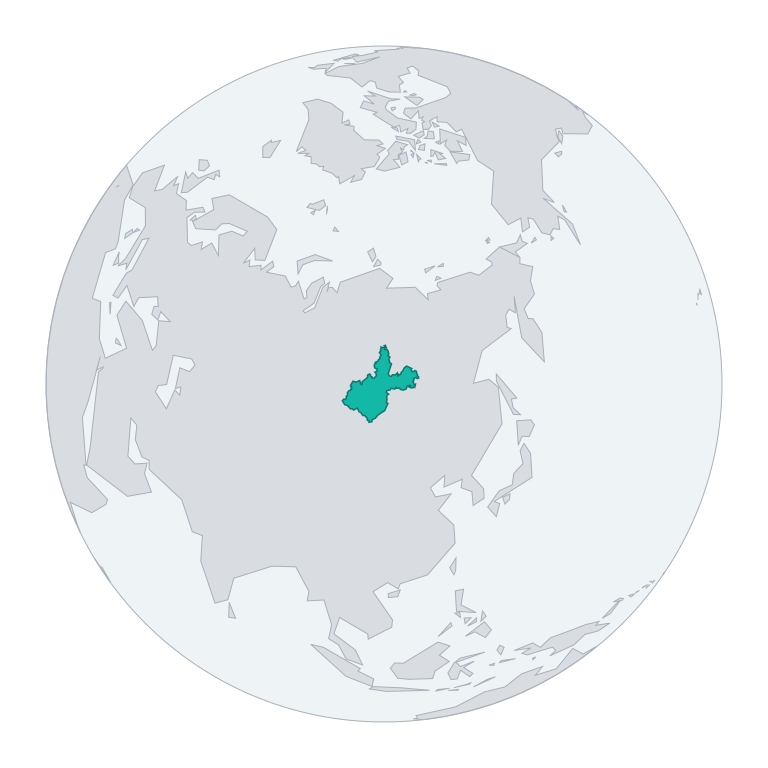 Irkutsk highlighted on a globe, orthographic projection
{"feature_id": "RUS-2602", "entity_name": "Irkutsk", "entity_type": "Region", "adm_level": 1, "iso_a3": "RUS", "parent_name": "Russia", "parent_adm1": "", "projection": "orthographic", "projection_center": [107.861, 57.716], "detail": "medium", "context": "on_globe", "style": "filled", "palette": "teal", "viewbox_px": 768, "rotation_deg": 0, "n_neighbors": 0, "source": "natural_earth", "source_scale": "10m", "svg_char_len": 13666}
<svg xmlns="http://www.w3.org/2000/svg" viewBox="0 0 768 768"><circle cx="384" cy="384" r="338" fill="#eef3f6" stroke="#a8b0b8"/><path d="M567.5,100.2L578.5,110.3L575.0,105.2L583.2,111.1L587.7,114.8L582.7,111.3L584.8,116.7L592.3,125.6L587.8,133.9L562.9,133.7L561.4,128.0L555.6,129.1L557.1,136.6L559.5,141.3L541.5,159.8L542.8,190.3L554.4,202.5L543.1,198.3L572.6,224.1L580.5,244.9L564.7,219.9L557.8,216.3L559.7,229.4L553.0,228.7L550.1,234.8L541.9,232.9L533.3,219.1L527.9,217.8L529.6,227.2L522.5,231.8L520.8,218.0L508.2,224.7L491.5,204.1L493.7,171.1L477.6,160.5L461.7,129.3L456.3,131.8L446.9,122.3L437.2,121.8L437.0,116.7L429.4,120.9L431.4,125.7L428.7,129.2L423.2,129.5L422.0,122.9L424.6,121.7L421.4,120.0L423.2,116.6L419.1,118.5L418.4,110.8L410.9,118.9L403.4,113.2L405.1,108.1L415.7,108.0L445.8,97.6L450.8,93.3L447.3,86.8L418.0,75.2L419.0,71.1L412.6,66.0L407.1,68.1L410.2,73.0L398.3,76.4L403.4,82.6L399.4,85.0L400.3,92.2L388.6,91.9L376.7,88.0L375.3,82.2L370.1,80.6L362.0,87.0L350.4,78.0L327.0,75.4L325.3,73.4L338.7,66.6L362.4,63.4L379.8,56.9L356.8,62.2L352.8,57.8L347.2,57.8L340.7,59.0L337.6,61.2L333.8,60.2L355.1,54.0L358.9,54.8L352.1,56.6L363.2,55.3L377.6,52.1L374.4,50.7L399.4,49.1L397.5,48.3L401.8,47.8L403.2,49.1L401.2,47.1L426.3,48.7L451.2,52.8L475.7,58.8L499.8,66.5L523.2,76.1L545.8,87.3L567.5,100.2ZM701.6,295.1L699.1,292.2L699.9,289.4L701.6,295.1ZM698.0,293.6L698.8,293.9L698.2,294.3L698.0,293.6ZM697.9,296.0L698.0,294.3L698.2,296.7L697.9,296.0ZM698.0,299.8L697.8,297.6L698.0,298.0L698.0,299.8ZM697.2,304.4L696.9,305.4L696.5,303.0L697.2,304.4ZM561.6,143.7L557.8,136.9L558.9,130.7L562.9,136.3L561.6,143.7ZM558.5,156.8L554.8,153.1L561.7,151.3L561.7,154.0L558.5,156.8ZM564.2,211.9L562.4,205.0L566.5,212.0L564.2,211.9ZM551.1,236.0L553.8,238.3L551.1,240.5L551.1,236.0ZM406.7,91.9L403.6,92.0L405.0,90.6L406.7,91.9ZM410.0,95.1L413.9,93.4L416.1,94.7L413.7,95.7L410.0,95.1ZM536.3,239.9L531.2,243.1L534.9,237.4L536.3,239.9ZM404.7,96.9L419.4,97.2L423.2,99.5L417.0,105.4L404.7,96.9ZM527.3,243.4L515.2,251.9L520.0,257.5L499.5,247.0L516.6,242.9L520.3,234.8L522.2,241.3L527.3,243.4ZM434.5,127.1L432.1,122.0L439.2,126.0L434.5,127.1ZM439.7,128.9L465.4,137.3L466.2,145.5L457.4,140.8L462.5,151.5L450.2,151.2L444.7,145.3L446.6,140.0L440.4,144.0L439.7,128.9ZM490.0,240.1L485.8,240.3L488.6,237.5L490.0,240.1ZM428.2,130.9L433.4,131.7L434.4,138.8L424.3,138.4L427.2,136.2L428.2,130.9ZM469.9,154.6L468.8,160.0L458.6,161.1L456.8,163.5L450.0,151.9L469.9,154.6ZM424.2,134.8L419.2,138.2L413.6,135.2L423.3,130.7L424.2,134.8ZM438.9,140.8L438.9,144.2L435.6,142.2L438.9,140.8ZM391.2,127.4L397.3,127.9L398.3,131.5L391.2,127.4ZM417.7,139.6L419.6,140.6L420.7,142.2L416.3,143.8L417.7,139.6ZM443.3,153.7L439.2,153.2L445.6,158.5L438.2,159.9L434.9,152.0L433.2,156.0L430.9,156.5L430.8,149.6L443.3,153.7ZM415.3,150.3L408.6,141.3L397.0,139.5L395.8,136.1L414.6,139.7L415.3,150.3ZM424.4,150.4L418.5,149.5L419.9,145.6L424.9,143.8L424.4,150.4ZM434.3,163.8L446.5,163.6L446.8,165.4L434.3,163.8ZM411.6,150.5L413.3,152.7L410.6,150.8L411.6,150.5ZM427.0,160.5L431.3,160.1L431.5,162.1L427.0,160.5ZM413.1,157.6L411.0,154.6L414.2,153.1L413.1,157.6ZM419.2,159.5L418.5,162.3L416.7,154.4L421.1,159.0L419.2,159.5ZM426.5,162.4L428.0,163.5L424.7,162.3L426.5,162.4ZM401.8,164.9L398.8,155.3L406.1,152.0L408.0,161.8L401.8,164.9ZM121.1,171.6L126.6,165.3L133.1,185.0L124.5,200.0L118.2,241.5L115.6,248.7L105.6,252.6L92.2,298.3L100.7,301.5L99.3,338.4L105.3,358.3L126.6,348.2L116.9,315.2L125.9,301.2L142.3,320.4L152.4,350.3L156.2,345.8L158.8,320.7L170.3,321.7L160.8,311.6L157.8,320.0L151.8,314.2L154.1,306.3L158.1,306.7L157.6,296.7L138.8,297.7L133.8,306.4L127.0,285.5L118.0,298.1L112.9,295.4L126.2,273.3L131.9,270.1L148.9,238.3L142.3,239.6L125.8,269.9L126.9,263.2L117.8,266.0L125.6,258.5L145.4,225.9L145.3,207.6L129.3,197.8L132.6,186.8L142.6,172.8L164.4,165.2L154.6,190.9L162.2,189.4L177.8,176.4L173.5,185.6L178.7,183.7L176.3,193.4L186.4,200.6L186.0,210.1L202.9,207.3L205.0,212.1L194.4,212.2L186.9,217.7L187.5,242.4L191.4,245.5L202.4,241.9L201.2,249.5L211.7,243.0L218.4,255.5L219.0,235.0L231.9,231.2L243.0,236.0L247.4,231.3L229.3,223.5L221.9,223.8L215.5,229.9L195.7,228.7L192.6,221.6L213.8,209.6L211.9,198.5L229.2,194.8L267.4,216.9L276.8,229.6L264.9,260.4L255.3,259.9L254.7,248.3L243.3,263.3L249.9,260.0L249.0,266.6L261.0,265.3L260.9,270.0L272.7,261.1L273.8,266.7L266.4,272.2L285.2,276.0L291.2,287.2L295.5,285.9L298.4,281.3L304.1,299.0L307.0,297.3L306.3,290.7L311.7,283.2L323.4,277.1L324.7,283.5L320.7,286.6L314.1,303.1L303.1,310.8L304.8,312.9L314.7,307.8L322.7,287.6L329.4,282.1L327.0,291.9L328.4,287.9L332.1,287.2L337.0,292.8L340.3,282.2L379.6,268.4L393.0,278.4L386.5,288.2L415.3,287.3L428.2,299.8L427.5,293.6L440.9,289.8L437.0,285.7L437.7,282.5L470.2,272.2L478.9,275.3L492.1,265.0L491.8,262.0L486.1,259.1L499.5,247.0L520.0,257.5L519.8,263.7L532.8,266.6L530.4,280.7L534.4,294.1L524.1,308.8L528.2,318.6L532.9,318.6L541.9,332.5L544.3,361.8L521.7,337.7L514.1,296.3L515.4,312.8L509.0,309.2L505.7,315.4L507.2,327.4L511.1,328.6L482.1,350.6L473.4,383.3L488.9,379.3L498.3,387.2L502.0,423.8L471.5,475.4L483.6,488.7L484.1,498.2L473.1,505.5L472.0,491.7L461.1,487.7L462.2,479.2L444.0,487.1L444.8,475.3L430.3,487.8L435.4,496.9L451.2,493.8L438.3,510.4L453.8,525.0L455.1,543.1L427.5,574.9L400.1,583.8L398.3,588.9L387.6,582.6L373.0,591.7L392.5,619.9L391.7,627.2L368.2,639.2L367.8,634.0L339.6,617.5L333.9,633.8L355.3,649.9L362.6,665.0L346.0,658.8L338.6,644.9L328.6,638.7L331.6,624.7L324.0,600.0L307.2,600.9L308.9,591.4L295.8,566.8L271.9,566.2L233.8,578.2L227.9,599.7L215.0,603.2L200.8,561.1L202.4,535.6L192.3,531.8L181.8,499.8L149.2,469.4L149.1,460.4L142.0,456.9L135.3,439.6L136.9,425.2L130.8,418.0L127.9,456.2L135.0,464.0L147.1,463.1L144.5,473.8L151.5,492.1L127.6,496.3L86.7,465.1L90.3,446.6L98.5,371.8L102.5,368.7L102.8,368.1L103.4,366.8L96.3,370.3L100.3,356.5L87.8,402.6L82.4,417.3L86.0,465.2L83.8,464.9L87.3,477.8L107.6,499.6L106.1,504.3L91.8,512.7L70.3,502.3L77.6,525.6L80.3,532.2L70.6,510.3L62.4,487.8L55.9,464.8L51.0,441.4L47.8,417.7L46.2,393.8L46.4,369.8L48.2,346.0L51.8,322.3L57.0,298.9L63.8,276.0L72.2,253.6L82.3,231.9L93.8,210.9L106.8,190.8L121.1,171.6ZM119.2,185.1L116.2,187.2L119.2,185.1ZM155.3,391.7L166.4,408.8L174.8,389.9L179.8,395.2L180.9,387.1L175.4,388.5L179.9,367.8L189.6,371.7L195.1,364.9L191.6,358.9L173.2,355.3L166.6,384.6L158.3,385.5L155.3,391.7ZM351.6,58.2L349.8,58.6L343.1,59.4L346.2,58.3L351.6,58.2ZM313.5,69.2L308.2,67.4L314.2,67.6L317.5,65.3L334.1,63.3L325.2,72.3L326.3,68.3L313.5,69.2ZM353.9,63.8L344.3,63.6L355.1,63.5L353.9,63.8ZM209.5,165.8L204.3,170.8L198.7,170.2L199.3,159.7L207.4,160.3L209.5,165.8ZM198.3,178.3L219.1,170.2L219.7,176.9L215.8,174.4L214.1,179.7L207.4,177.2L187.5,192.2L181.3,192.7L185.7,172.0L187.7,178.3L192.6,172.7L198.3,178.3ZM271.6,142.5L280.6,140.4L270.0,157.4L262.8,157.5L262.8,146.6L271.4,140.2L271.6,142.5ZM391.0,107.9L395.1,107.0L395.4,108.7L392.2,110.9L391.0,107.9ZM393.9,127.3L373.2,114.2L376.9,112.3L360.3,107.6L363.6,100.9L374.2,104.1L364.3,95.8L375.3,96.0L367.5,91.0L390.8,98.8L400.2,99.1L388.5,101.2L385.2,107.2L386.6,109.9L397.6,118.0L416.3,122.1L416.0,129.2L410.8,133.2L406.3,133.3L407.9,128.5L400.7,132.0L399.6,125.3L393.9,127.3ZM350.6,182.3L354.4,175.6L339.7,183.9L338.5,176.2L336.9,177.7L331.8,173.0L322.7,170.0L323.7,166.3L319.8,166.8L316.3,163.9L311.2,163.5L311.2,156.8L305.0,155.8L308.6,153.3L297.8,153.4L305.8,150.4L302.1,146.7L296.3,151.6L308.9,119.5L308.1,109.3L302.9,102.7L317.4,99.1L331.4,103.4L343.1,112.4L341.9,123.1L348.7,119.9L350.1,124.2L344.2,124.9L354.1,126.4L353.7,130.2L364.2,139.8L378.8,140.1L383.0,143.9L377.1,145.7L385.4,148.3L377.0,154.3L379.8,157.3L374.4,166.5L361.3,168.7L365.4,171.9L361.5,179.4L350.6,182.3ZM399.9,167.3L384.5,171.1L376.3,168.9L389.2,153.9L387.8,150.4L395.8,141.2L407.6,144.7L404.2,147.0L403.7,150.0L400.2,147.7L402.6,151.8L398.0,155.1L398.6,159.3L393.4,159.4L399.9,167.3ZM119.3,251.8L118.5,256.6L118.8,263.1L113.1,265.3L119.3,251.8ZM132.4,229.3L132.7,232.8L124.7,238.4L125.6,233.7L132.4,229.3ZM139.6,230.1L133.3,232.5L137.2,228.4L139.6,230.1ZM195.4,215.3L196.4,218.9L193.9,220.5L190.2,220.0L195.4,215.3ZM306.9,207.4L310.4,203.4L312.3,204.3L323.8,199.8L325.6,205.5L319.4,210.4L306.9,207.4ZM121.1,345.5L115.4,342.9L116.2,338.3L118.0,340.1L121.1,345.5ZM111.0,302.3L110.1,314.3L109.5,302.7L111.0,302.3ZM310.8,212.8L315.3,210.3L313.4,214.7L310.8,212.8ZM327.5,209.4L326.5,214.4L327.2,205.7L327.5,209.4ZM94.6,558.5L100.4,567.1L101.7,566.9L109.4,580.0L110.7,582.8L94.6,558.5ZM448.2,690.4L458.4,689.5L458.0,690.2L448.2,690.4ZM437.6,689.5L449.3,688.3L435.5,691.1L437.6,689.5ZM453.8,687.7L465.7,684.6L470.8,682.6L469.9,684.1L453.8,687.7ZM429.6,690.3L386.4,691.4L369.4,688.9L373.4,686.6L401.0,687.8L429.6,690.3ZM372.0,686.4L346.0,676.3L310.8,644.3L323.4,647.3L360.3,668.6L357.9,671.1L373.7,678.8L372.0,686.4ZM435.1,671.0L432.6,678.6L408.7,679.3L397.9,678.3L390.4,668.3L394.6,663.0L403.5,663.2L438.0,642.1L450.0,645.9L439.4,655.2L449.3,661.4L435.1,671.0ZM229.2,602.4L235.6,618.3L228.7,617.2L229.2,602.4ZM452.1,625.8L438.1,636.6L450.9,622.7L452.1,625.8ZM459.7,612.5L460.5,617.5L454.9,613.2L459.7,612.5ZM397.8,596.6L388.4,597.6L388.3,593.6L400.2,590.0L397.8,596.6ZM456.0,557.9L455.7,570.4L453.9,574.7L449.7,567.8L456.0,557.9ZM332.7,261.0L314.6,260.5L302.9,264.7L298.1,273.9L297.1,261.1L315.2,254.6L332.7,261.0ZM373.6,266.6L377.7,259.2L381.1,262.9L380.7,265.1L373.6,266.6ZM372.4,261.8L367.7,252.0L373.4,248.1L376.0,256.6L372.4,261.8ZM338.5,231.5L333.1,230.8L334.8,227.1L338.5,231.5ZM423.2,719.6L413.0,718.8L417.6,718.5L416.0,715.6L455.5,706.9L484.3,692.0L505.0,686.9L521.5,673.9L542.5,666.5L535.4,675.2L556.3,668.8L572.8,648.4L583.1,654.0L596.5,646.4L597.1,646.2L578.1,660.6L558.0,673.7L537.1,685.3L515.4,695.3L493.1,703.8L470.2,710.7L446.9,716.0L423.2,719.6ZM663.6,573.5L664.6,572.2L663.5,573.9L663.6,573.5ZM662.7,574.7L664.6,571.7L664.0,572.9L662.7,574.7ZM652.0,583.5L653.7,580.9L654.3,580.7L652.0,583.5ZM473.4,686.9L487.8,679.1L495.5,676.8L473.4,686.9ZM649.8,584.4L645.7,588.5L646.3,587.2L649.8,584.4ZM650.4,582.1L650.0,581.3L652.3,581.5L650.4,582.1ZM642.6,587.2L647.5,584.5L642.0,588.1L642.6,587.2ZM639.5,590.4L635.8,592.8L636.1,592.1L639.5,590.4ZM595.7,625.3L609.8,623.1L598.1,631.0L585.0,634.4L574.1,644.8L549.9,655.8L555.7,650.4L552.6,647.1L527.1,654.9L522.0,653.3L531.1,647.9L514.2,650.5L532.8,642.9L540.3,647.3L550.7,637.7L568.5,631.2L585.6,624.6L599.0,621.4L595.7,625.3ZM532.6,658.1L535.8,656.9L532.9,659.8L532.6,658.1ZM628.8,595.5L634.1,593.9L633.4,595.2L630.8,597.0L628.8,595.5ZM602.2,618.4L616.7,603.2L620.1,600.8L610.4,613.6L602.2,618.4ZM613.3,602.0L620.0,598.1L623.4,598.6L622.0,600.4L613.3,602.0ZM494.6,663.3L493.9,665.4L489.0,665.1L494.6,663.3ZM501.0,660.6L515.6,658.6L499.6,662.6L501.0,660.6ZM456.1,662.3L460.4,666.6L474.2,661.2L463.7,667.5L472.9,673.4L469.7,676.6L460.6,670.2L457.2,678.9L451.1,679.6L447.9,673.0L454.1,663.0L460.1,658.1L484.9,652.1L456.1,662.3ZM500.9,654.8L497.0,650.0L499.9,645.3L504.1,647.4L500.9,654.8ZM485.3,637.6L474.9,631.8L465.4,636.3L484.4,621.8L491.4,629.9L485.3,637.6ZM476.3,621.8L467.5,626.1L476.6,617.9L476.3,621.8ZM465.2,623.7L464.1,618.0L471.1,617.8L465.2,623.7ZM480.9,621.3L482.5,611.0L486.1,616.2L480.9,621.3ZM461.0,604.9L476.1,612.6L456.5,611.3L455.3,590.8L463.6,589.2L461.0,604.9ZM504.9,504.1L502.6,497.3L510.0,493.8L509.5,499.4L504.9,504.1ZM532.0,477.4L511.2,490.6L494.2,501.5L499.7,503.6L496.3,516.6L487.7,507.0L499.3,490.7L512.3,484.8L513.7,473.6L523.0,463.6L520.1,450.6L524.0,443.4L530.6,453.5L532.0,477.4ZM518.3,445.3L516.7,420.8L530.9,419.8L534.4,424.9L529.2,436.5L522.0,436.3L518.3,445.3ZM520.5,414.7L513.5,414.4L496.4,381.1L496.3,374.0L516.8,398.0L511.4,399.1L513.1,407.7L520.5,414.7ZM487.4,243.6L486.0,240.6L489.6,242.3L487.4,243.6ZM435.3,280.4L436.8,276.3L441.0,278.2L435.3,280.4ZM443.4,266.2L437.5,266.9L443.2,263.5L443.4,266.2ZM424.6,269.2L435.0,265.9L425.8,272.9L424.6,269.2Z" fill="#d9dde1" stroke="#a8b0b8" stroke-width="1"/><path d="M362.0,381.9L367.6,377.4L367.6,375.0L369.4,374.0L370.4,374.5L370.1,374.9L371.0,376.5L371.9,376.7L371.8,377.6L373.6,378.5L376.4,375.7L376.1,373.7L374.9,372.1L377.0,371.3L377.0,368.9L374.7,367.9L374.2,365.3L374.7,364.0L375.9,363.4L375.3,362.4L378.2,360.9L378.5,359.6L380.0,358.5L379.8,357.1L381.1,355.2L379.4,352.5L381.0,350.7L380.4,349.9L381.2,347.9L381.0,347.1L383.2,347.8L385.0,347.0L384.9,345.8L384.4,345.7L385.3,345.2L386.4,347.8L385.1,348.1L384.7,349.5L387.1,349.6L388.0,350.8L388.8,353.8L387.8,355.6L389.9,357.0L388.8,359.5L389.6,361.4L389.5,362.6L391.5,363.7L388.2,373.7L389.4,376.0L391.3,376.4L392.5,374.7L395.4,374.9L397.2,373.0L397.3,374.2L398.3,374.1L397.9,375.2L398.1,376.7L398.3,375.5L400.9,374.2L401.1,372.4L402.7,371.1L404.0,368.2L406.6,366.1L411.7,368.5L411.1,369.2L411.9,371.4L413.9,371.6L414.9,370.5L416.5,371.4L416.7,373.4L417.5,374.8L417.3,376.1L418.5,376.7L418.7,378.1L417.4,378.6L415.7,377.6L413.6,378.4L414.1,379.1L413.6,379.5L413.8,380.8L412.9,381.5L414.4,384.6L415.5,384.2L414.8,387.1L414.3,386.4L412.8,387.9L410.6,387.7L409.2,387.0L410.7,385.7L409.5,385.3L407.1,386.3L406.3,388.9L403.6,390.1L400.3,389.4L399.4,387.9L396.7,388.4L395.9,387.3L394.7,389.1L390.9,388.3L390.2,389.9L386.7,390.7L386.3,392.4L388.6,394.2L387.3,394.9L386.5,397.3L387.1,399.0L386.4,402.7L387.9,403.4L384.7,410.6L378.0,415.0L375.3,418.3L372.2,419.6L372.0,421.7L369.0,422.3L369.1,420.7L367.4,420.4L367.1,418.2L364.8,415.6L362.7,415.4L361.1,412.9L359.1,411.7L357.3,408.1L353.5,410.1L352.6,408.8L350.5,408.9L347.3,405.4L344.8,404.7L342.3,400.7L344.0,399.0L345.6,399.6L346.5,397.4L346.1,396.7L347.5,395.1L347.4,392.5L348.9,390.7L350.4,390.4L350.6,389.3L351.6,389.3L351.6,387.1L350.7,386.8L351.2,386.0L350.5,385.3L353.0,381.2L356.1,382.1L359.7,380.5L360.5,383.7L361.5,384.7L362.2,384.2L362.0,381.9Z" fill="#14b8a6" stroke="#0f766e" stroke-width="1.5"/></svg>